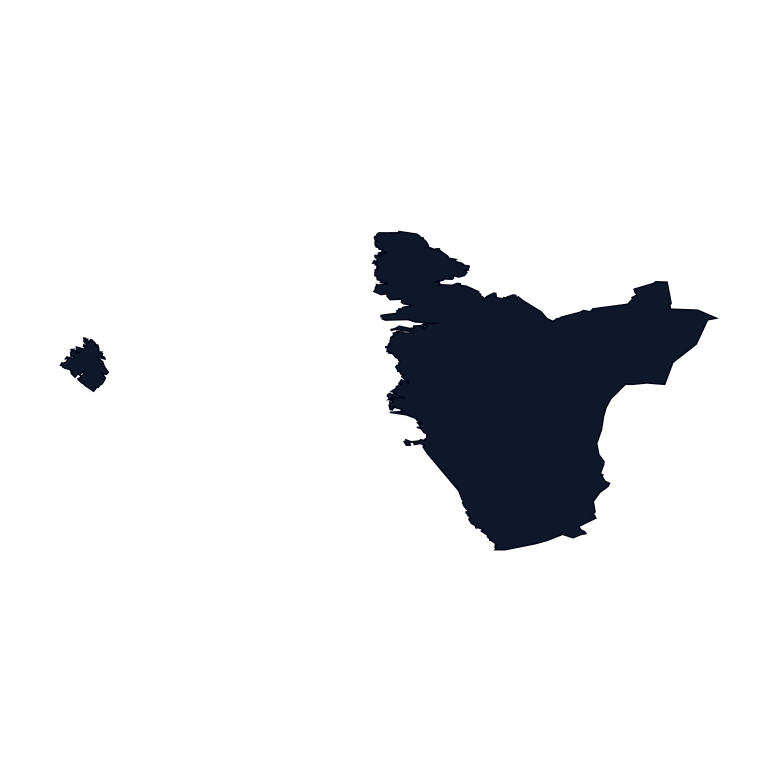 Haugesund nor, Rogaland, Norway, rotated 6°
{"feature_id": "86288312B97968708027313", "entity_name": "Haugesund nor", "entity_type": "district", "adm_level": 2, "iso_a3": "NOR", "parent_name": "Norway", "parent_adm1": "Rogaland", "projection": "natural_earth1", "projection_center": [5.258, 59.444], "detail": "fine", "context": "isolated", "style": "filled", "palette": "ink", "viewbox_px": 768, "rotation_deg": 6, "n_neighbors": 0, "source": "geoboundaries", "source_scale": "gbopen_adm2", "svg_char_len": 6090}
<svg xmlns="http://www.w3.org/2000/svg" viewBox="0 0 768 768"><g transform="rotate(6 384 384)"><path d="M532.7,295.8L513.2,286.4L508.5,283.3L506.8,284.4L505.4,284.2L506.2,282.8L505.6,282.0L503.0,282.0L496.5,285.1L499.0,285.0L498.6,285.9L494.1,285.5L493.0,286.9L486.7,286.3L485.7,282.2L483.5,282.2L478.9,285.1L479.1,285.7L477.4,285.9L476.6,286.9L478.5,287.1L476.5,287.3L474.2,289.6L473.1,288.8L474.1,287.2L473.4,287.6L470.6,285.9L470.6,284.7L468.3,283.3L468.4,282.3L455.6,278.1L449.4,278.0L449.6,276.3L446.3,276.3L441.5,278.7L428.1,279.5L429.2,278.7L427.9,277.5L429.0,275.8L424.9,277.2L426.4,275.5L431.8,274.7L433.0,273.2L440.8,272.7L442.0,271.6L441.5,269.1L447.3,269.8L452.7,267.6L454.7,264.4L453.2,262.7L456.0,261.8L455.4,260.9L456.4,259.2L456.3,257.8L449.9,257.4L450.2,256.6L447.8,255.4L444.7,255.3L440.8,253.4L442.2,252.6L434.9,252.1L434.2,250.3L425.4,245.4L425.0,243.8L421.7,244.2L422.5,245.4L415.0,243.6L411.4,243.6L410.0,244.4L411.1,243.2L414.1,243.2L413.2,240.9L410.9,237.9L408.0,235.9L407.6,234.6L404.6,234.5L404.1,233.2L400.7,231.5L382.9,230.8L382.8,232.1L362.8,234.3L361.2,236.2L361.6,238.2L359.6,238.1L359.1,239.4L360.4,242.0L362.9,242.1L360.3,243.4L360.7,246.6L362.1,248.6L364.1,248.6L365.0,250.3L367.9,250.4L368.4,250.7L367.9,252.0L372.8,252.7L371.7,254.0L366.8,253.6L364.7,254.5L364.7,255.2L368.7,255.9L368.6,256.6L361.6,257.1L362.0,259.0L364.9,261.0L363.3,263.0L361.4,262.3L360.2,264.9L363.2,264.9L362.7,266.2L365.1,266.9L364.5,268.9L365.4,270.2L363.4,271.4L363.6,277.3L365.6,277.4L366.4,281.0L370.3,281.4L369.7,283.3L370.2,283.6L376.2,283.1L377.2,284.1L368.1,286.2L366.1,285.8L366.5,287.8L365.5,288.4L365.3,291.7L364.3,293.0L371.6,295.4L377.6,293.9L378.0,296.5L381.3,299.5L393.0,297.7L392.7,300.8L395.2,302.2L405.5,302.5L394.4,306.0L394.9,307.3L390.8,307.9L390.8,309.2L389.2,309.8L389.6,311.1L389.1,312.4L374.0,316.0L373.9,317.3L375.9,317.3L375.3,319.3L378.7,320.3L401.1,317.4L408.6,319.0L432.7,318.0L417.1,320.1L415.9,321.1L420.6,322.0L419.4,323.5L417.4,323.7L417.7,324.4L415.2,323.4L418.2,322.1L415.3,323.0L414.0,322.1L407.4,323.3L407.8,324.7L408.9,325.0L405.5,325.7L407.5,326.5L393.1,324.9L389.9,327.2L390.4,327.5L385.4,329.0L385.6,329.9L390.8,328.1L397.0,329.3L401.4,328.9L404.1,329.1L406.0,330.5L399.1,331.2L391.2,330.1L390.9,330.6L392.9,331.4L387.9,332.4L388.2,333.5L390.4,333.8L389.1,334.1L385.9,337.1L385.6,343.0L384.5,343.6L383.9,346.8L381.9,346.8L381.9,347.4L383.8,347.5L383.6,351.4L385.6,351.4L385.6,352.7L389.5,352.8L392.9,356.4L396.1,357.3L395.8,358.4L397.6,359.9L396.6,361.4L396.8,363.4L394.6,364.5L394.0,366.1L396.5,368.8L398.1,368.6L395.6,369.9L398.2,369.8L399.7,372.2L402.0,372.3L401.9,372.9L403.0,373.2L401.4,373.3L401.0,374.9L408.6,380.4L400.8,378.1L399.0,381.8L401.0,381.6L400.3,382.1L401.5,382.9L398.7,383.6L398.5,385.0L397.4,384.8L396.5,385.6L396.6,387.0L392.0,390.6L397.9,392.3L395.4,392.3L393.1,393.9L391.0,392.6L388.6,394.5L388.7,395.8L392.2,394.9L392.6,395.4L392.0,395.7L396.5,395.8L393.9,397.0L390.1,396.9L391.0,397.6L389.9,399.0L404.4,394.8L405.3,395.7L402.1,395.7L392.3,398.9L392.0,400.1L394.2,399.9L395.6,400.8L394.3,401.3L394.3,402.3L391.7,401.7L392.1,402.7L391.4,404.5L392.0,404.8L391.5,405.3L392.8,408.7L394.9,408.9L394.9,407.5L395.9,407.5L394.9,405.9L395.8,405.2L396.6,405.2L396.6,406.1L404.0,407.2L403.8,407.6L404.0,408.1L404.2,407.3L405.1,407.6L403.8,409.0L408.4,408.9L392.7,411.6L409.3,412.3L419.9,415.0L420.4,415.4L419.9,415.9L421.7,417.2L425.4,418.5L424.2,418.8L425.2,419.8L422.9,418.8L422.3,418.9L424.1,419.7L422.2,419.7L425.6,423.1L421.2,423.6L425.6,424.6L428.9,428.1L431.7,429.2L432.1,433.7L430.6,434.4L430.2,435.9L426.3,435.6L424.9,436.9L420.8,437.9L416.6,438.6L411.6,437.2L411.8,438.1L410.0,439.3L412.6,442.5L416.5,442.1L415.6,439.2L419.5,438.6L420.5,441.1L426.4,439.3L430.3,440.8L429.5,442.5L434.0,448.1L469.6,482.4L473.5,490.4L475.7,492.8L474.5,493.6L476.0,496.5L479.1,499.9L481.4,500.3L480.4,500.6L480.4,502.2L478.9,502.8L479.1,503.6L481.2,505.1L481.5,506.4L482.8,506.3L484.0,507.5L482.3,509.0L482.9,508.7L482.7,510.0L485.6,513.5L489.4,515.1L490.6,517.6L492.7,517.0L497.7,518.3L496.2,520.1L502.9,523.6L502.9,525.2L505.1,526.6L505.7,528.3L508.9,528.9L508.5,529.3L512.0,531.2L511.4,532.6L512.6,533.9L511.3,534.6L512.5,535.8L511.8,537.2L522.0,536.1L551.2,527.0L562.9,522.4L577.3,514.8L588.0,517.2L595.4,513.2L600.5,511.7L599.0,509.9L595.4,508.7L592.5,505.3L608.7,495.2L607.1,492.7L605.3,491.8L607.3,489.2L604.4,478.9L610.0,469.2L617.5,462.4L618.7,459.2L614.1,457.7L610.6,453.3L611.2,451.7L608.5,450.5L611.0,440.7L610.9,438.2L605.1,431.9L601.7,420.9L605.0,407.1L605.7,393.5L607.2,384.4L611.0,375.2L624.2,358.9L631.0,358.4L645.0,355.5L663.2,355.0L669.0,332.4L690.4,311.7L699.1,286.4L707.7,283.8L688.3,277.8L661.1,279.6L660.0,275.7L661.1,273.7L654.9,253.1L643.7,253.9L641.7,255.7L622.8,263.6L624.5,267.2L625.8,267.8L625.6,269.5L621.6,272.1L622.3,273.4L618.1,279.2L583.7,287.5L582.7,289.4L580.9,290.6L574.7,290.0L571.5,292.2L553.3,299.0L552.1,299.8L552.2,300.6L549.0,300.9L546.9,303.3L544.6,303.8L539.2,301.9L532.7,295.8ZM82.6,369.8L80.6,369.7L80.6,370.4L81.6,370.4L81.0,373.0L83.8,375.7L84.2,377.6L81.3,376.3L81.2,378.2L83.2,378.2L82.1,380.8L74.2,379.4L75.0,383.9L78.0,384.0L77.9,384.7L73.9,385.2L74.0,383.3L72.0,383.2L72.1,381.9L69.1,382.5L70.6,384.3L69.0,385.1L69.8,389.1L72.7,389.1L72.6,391.1L65.7,390.3L64.6,392.2L66.6,391.9L67.1,392.9L65.5,395.5L63.4,396.7L61.4,396.7L60.3,399.3L62.3,399.3L62.7,400.6L65.2,401.7L70.8,402.4L70.4,403.0L72.6,405.1L71.7,405.2L72.0,406.2L76.0,409.6L77.6,407.1L79.2,406.1L80.5,406.9L81.4,405.2L86.5,401.8L84.1,404.1L84.8,404.7L83.7,406.6L81.3,407.8L82.0,409.0L79.0,410.9L79.4,411.7L83.7,414.7L85.3,413.7L85.3,414.7L84.7,414.9L86.5,416.5L89.1,418.1L90.5,417.9L91.1,419.1L96.0,421.6L98.1,418.3L98.2,417.0L100.2,417.1L101.8,414.5L103.8,413.2L106.1,408.1L106.1,406.7L102.2,403.0L106.8,403.5L108.6,401.2L104.0,395.9L101.9,391.3L94.9,386.9L103.9,388.4L103.3,386.7L100.7,385.8L100.8,383.2L98.9,383.1L99.9,381.8L96.9,381.8L96.6,378.5L95.3,375.2L93.3,375.2L92.8,373.9L88.5,370.5L87.5,370.5L86.4,373.1L85.4,373.1L84.6,370.5L82.6,371.1L82.6,369.8Z" fill="#0f172a" stroke="#020617" stroke-width="1.5"/></g></svg>